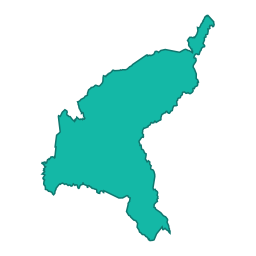 outline of Chichiquila, Puebla, Mexico
{"feature_id": "50627088B29125905034403", "entity_name": "Chichiquila", "entity_type": "district", "adm_level": 2, "iso_a3": "MEX", "parent_name": "Mexico", "parent_adm1": "Puebla", "projection": "equal_earth", "projection_center": [-97.065, 19.207], "detail": "fine", "context": "isolated", "style": "filled", "palette": "teal", "viewbox_px": 256, "rotation_deg": 0, "n_neighbors": 0, "source": "geoboundaries", "source_scale": "gbopen_adm2", "svg_char_len": 5777}
<svg xmlns="http://www.w3.org/2000/svg" viewBox="0 0 256 256"><path d="M207.9,15.4L207.3,15.4L207.0,16.1L206.6,15.7L205.7,16.3L205.6,16.8L204.8,17.1L204.3,18.7L203.0,20.8L203.2,21.3L202.9,21.4L202.1,23.0L201.2,24.0L199.9,27.1L198.5,27.9L197.5,27.5L197.9,30.9L196.9,34.0L195.3,36.7L195.0,36.7L194.6,37.6L194.0,37.2L193.8,37.6L192.5,37.7L191.7,37.3L189.8,37.3L188.4,39.0L188.2,39.8L187.5,40.3L188.8,42.7L188.6,45.0L189.3,46.5L190.0,47.1L191.1,49.0L191.8,49.1L191.9,50.6L192.6,51.2L192.5,52.7L189.2,50.6L187.5,50.4L187.0,49.8L185.5,49.3L184.0,49.8L179.5,52.3L165.2,49.5L160.8,50.5L158.6,52.4L158.3,52.0L156.8,51.3L155.2,51.5L154.0,54.0L152.5,55.0L151.2,55.5L150.9,55.3L150.3,55.6L149.7,55.2L147.6,55.8L147.5,55.0L146.6,55.0L132.5,64.6L131.8,65.7L129.8,66.7L127.1,69.2L125.4,69.8L122.4,69.7L121.5,70.2L120.4,69.9L120.0,70.4L114.5,70.7L113.6,70.2L112.8,70.2L112.5,70.8L112.0,71.0L111.9,71.4L110.4,72.7L109.8,73.1L109.2,73.1L108.8,73.8L107.7,74.2L107.7,74.6L107.1,75.2L106.6,75.2L106.1,75.6L105.8,76.6L103.5,75.7L103.1,77.5L102.9,81.5L102.2,83.1L100.2,85.4L99.4,86.1L98.2,86.1L95.8,85.2L95.0,85.5L94.2,86.4L92.9,87.2L91.1,87.5L91.0,88.0L88.6,89.9L87.5,93.2L87.4,95.3L85.2,96.2L84.1,97.8L81.0,99.4L79.8,100.8L78.1,101.8L77.6,101.8L78.2,103.6L78.2,104.7L78.7,105.4L79.0,107.5L79.4,108.8L79.9,109.2L80.5,110.9L81.5,112.2L81.5,113.4L82.7,112.6L83.2,113.0L83.7,116.4L84.5,117.9L84.4,118.5L84.7,118.5L84.3,119.2L83.2,119.2L82.9,118.8L82.5,119.6L81.8,119.1L81.2,119.3L80.5,119.1L80.0,119.6L79.0,119.2L76.8,117.2L76.6,118.1L75.8,118.9L75.6,119.9L75.0,119.6L74.6,120.3L75.0,120.5L74.6,121.5L72.3,119.5L70.1,116.6L68.6,116.4L68.0,115.5L67.3,115.3L66.8,114.5L66.8,113.3L67.2,112.2L66.9,111.0L64.9,109.7L62.2,112.3L60.3,116.4L58.6,115.7L58.4,116.5L60.2,131.8L59.5,132.8L56.6,135.2L55.1,146.9L56.0,146.9L54.9,157.1L54.5,156.8L54.3,157.8L52.7,156.8L50.9,157.0L50.5,158.0L49.7,158.5L49.4,159.2L48.9,158.9L48.7,159.6L47.6,159.6L46.6,162.8L46.0,162.4L45.6,163.1L44.9,162.1L44.2,162.1L42.7,162.9L42.2,162.6L41.9,163.3L43.5,164.4L43.9,164.3L44.0,165.2L44.7,166.4L45.6,166.6L45.5,167.0L43.7,168.9L44.3,169.4L43.9,169.7L44.4,170.8L44.0,170.8L44.6,171.4L44.5,172.1L43.7,172.3L42.2,174.0L43.0,174.0L43.2,174.3L43.8,174.1L44.9,175.0L42.9,178.1L43.3,179.0L43.7,178.7L44.1,180.0L44.6,180.1L44.0,181.4L43.7,183.9L44.1,185.0L44.6,185.3L45.0,185.9L45.4,187.7L45.4,189.4L47.1,189.8L48.6,191.3L49.8,191.4L52.0,192.4L52.5,193.8L53.6,194.8L54.8,193.3L55.0,191.3L56.0,189.2L56.0,188.4L58.6,185.0L59.7,184.0L60.3,184.3L60.9,183.7L62.7,183.1L64.7,184.4L65.7,183.9L66.3,183.9L68.1,185.5L69.2,185.0L70.2,185.2L70.7,185.9L71.3,186.1L71.9,186.0L73.0,184.7L73.3,183.9L74.9,185.4L75.9,184.7L77.2,185.2L78.0,187.9L78.8,188.4L79.3,187.9L79.8,186.2L80.5,185.1L82.5,184.4L82.9,184.0L82.8,183.1L83.1,183.0L83.7,184.3L86.9,185.6L87.4,187.3L87.8,187.3L88.1,185.7L88.5,185.6L89.3,185.8L90.4,187.0L91.1,187.1L92.0,188.3L94.1,188.7L94.7,189.1L96.4,189.5L96.7,190.0L96.9,192.2L98.4,193.2L99.7,193.4L99.8,192.1L100.6,191.1L101.5,190.8L102.8,191.3L103.3,192.5L103.7,192.6L103.9,190.7L118.9,198.0L122.7,197.9L126.9,195.6L127.8,195.8L128.2,196.8L129.5,197.8L130.1,197.8L130.2,198.1L129.6,200.6L129.7,201.2L128.6,202.5L128.1,203.5L128.1,204.8L126.5,211.5L128.7,215.3L130.3,216.1L130.7,217.1L133.8,220.1L135.8,220.6L137.6,223.3L137.1,227.2L138.9,229.9L139.6,232.1L140.6,232.6L142.3,234.5L143.8,234.6L144.8,235.1L145.7,236.4L147.2,237.2L148.3,238.8L149.1,239.0L149.1,239.6L148.8,239.8L150.0,240.6L152.8,240.3L154.1,239.8L156.6,233.8L162.1,226.9L162.8,229.6L163.5,229.6L165.0,228.3L166.5,229.8L168.5,231.1L169.1,232.4L170.0,233.2L170.0,231.0L169.4,230.1L169.4,228.9L169.0,228.3L168.6,225.6L167.1,222.4L167.1,221.7L167.6,220.2L167.5,219.3L165.7,216.9L163.3,215.7L160.8,212.7L155.7,209.2L155.1,207.6L154.4,207.6L154.0,207.3L154.2,204.4L156.4,201.9L157.4,201.5L156.9,199.3L158.0,198.3L157.6,197.7L157.9,196.5L157.1,195.2L157.6,193.2L157.6,192.4L157.3,191.7L156.4,190.8L155.9,190.8L155.1,189.3L153.5,189.7L153.0,187.8L154.8,176.6L154.7,174.4L153.9,171.4L153.3,170.4L152.8,169.8L151.1,169.4L150.7,168.6L150.7,167.2L151.2,165.8L150.7,165.5L149.7,164.0L149.8,162.0L148.4,160.8L147.8,161.7L147.0,161.8L146.5,160.4L145.6,159.6L145.4,159.0L146.1,155.1L146.1,153.8L145.6,153.7L144.5,152.8L143.5,150.3L142.7,149.5L141.6,149.3L141.1,145.2L140.0,145.4L140.0,144.3L139.2,142.4L139.0,141.2L141.5,137.6L142.5,137.1L143.2,137.3L143.5,136.8L143.0,136.2L143.4,135.5L143.4,134.6L142.6,133.8L142.3,132.8L142.7,131.9L142.6,130.4L143.9,128.1L144.6,128.2L148.1,126.8L148.1,125.9L150.1,124.8L150.9,122.7L151.5,122.5L152.2,123.0L153.8,122.8L154.7,121.2L155.3,121.3L156.1,122.4L159.6,120.3L160.2,120.2L160.9,119.7L160.9,117.6L161.8,114.6L164.5,112.9L165.6,112.7L165.9,111.5L166.8,111.3L167.6,112.5L168.7,113.2L169.2,113.3L169.7,113.0L170.8,111.2L172.3,110.5L172.8,107.9L173.6,106.3L174.1,105.8L176.2,105.7L177.1,105.3L176.6,101.6L177.0,100.7L177.6,100.2L177.7,99.0L178.4,98.1L179.9,97.9L180.4,97.5L180.8,95.9L182.3,94.7L182.4,92.8L182.9,92.2L184.5,92.0L186.0,93.3L187.5,93.0L188.0,92.6L189.4,93.6L190.5,93.6L192.4,92.1L193.1,90.9L192.9,88.8L193.2,88.3L194.3,88.6L195.1,86.8L197.4,85.7L197.7,84.1L197.3,83.1L197.5,82.4L198.2,82.6L198.5,82.2L197.7,79.9L196.2,78.6L196.3,74.0L194.4,69.1L193.1,67.1L193.4,65.2L195.5,62.0L196.1,60.7L195.9,58.6L195.5,58.1L194.3,58.1L193.9,57.5L194.1,56.6L195.0,54.7L196.0,53.9L196.9,53.9L198.0,54.6L199.1,54.4L200.1,51.3L201.0,50.3L201.5,48.5L202.7,47.2L204.5,46.7L204.7,46.1L204.6,45.6L203.1,43.6L203.1,43.2L204.4,40.2L204.4,37.6L204.7,37.2L205.2,37.3L206.0,36.9L205.7,35.1L206.0,34.6L207.5,34.3L207.7,33.8L208.2,30.9L207.9,29.0L208.8,29.0L209.9,28.4L209.5,26.5L210.0,25.5L210.8,25.8L211.4,25.3L212.0,25.3L212.9,26.7L213.5,26.4L213.9,25.5L214.1,24.5L213.7,22.9L213.7,21.8L207.9,15.4Z" fill="#14b8a6" stroke="#0f766e" stroke-width="1.5"/></svg>